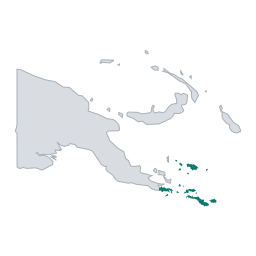 location of Samarai-Murua District, Milne Bay, Papua New Guinea
{"feature_id": "67681753B57356093785831", "entity_name": "Samarai-Murua District", "entity_type": "district", "adm_level": 2, "iso_a3": "PNG", "parent_name": "Papua New Guinea", "parent_adm1": "Milne Bay", "projection": "mercator", "projection_center": [152.452, -10.176], "detail": "fine", "context": "in_parent", "style": "filled", "palette": "teal", "viewbox_px": 256, "rotation_deg": 0, "n_neighbors": 0, "source": "geoboundaries", "source_scale": "gbopen_adm2", "svg_char_len": 9350}
<svg xmlns="http://www.w3.org/2000/svg" viewBox="0 0 256 256"><path d="M17.1,167.0L17.0,133.6L15.4,131.1L17.0,125.2L17.0,69.3L20.2,69.5L35.5,76.4L45.8,79.9L54.9,81.6L63.2,87.1L69.3,87.4L78.4,95.3L82.1,95.8L88.6,102.4L88.9,107.7L88.2,111.1L98.1,114.3L107.5,118.8L112.6,119.3L115.4,120.9L118.9,124.8L119.6,130.0L117.5,130.9L108.7,130.9L106.3,132.6L109.8,140.7L117.8,148.2L123.8,151.7L125.6,158.5L128.6,160.6L130.6,166.0L133.7,166.5L139.8,165.7L140.7,167.9L139.8,171.3L140.7,172.7L151.9,175.6L148.2,177.4L149.9,180.5L157.2,183.2L161.7,184.2L164.4,183.9L161.2,185.4L158.4,185.0L157.9,185.5L159.0,186.8L161.4,188.2L158.9,190.0L156.5,190.3L152.0,189.1L148.1,185.7L135.9,184.2L131.6,182.7L128.3,183.2L118.4,181.4L115.2,179.0L113.1,175.4L107.2,171.1L105.8,168.9L106.4,166.1L104.8,166.5L101.4,164.5L92.5,151.2L88.0,149.4L76.7,147.1L75.1,144.5L69.8,143.6L68.6,145.3L64.3,146.4L60.7,145.2L57.0,142.0L61.3,149.3L59.8,149.2L60.5,150.4L59.7,150.5L55.0,150.1L56.4,153.1L48.7,154.8L42.9,154.2L40.2,154.9L39.0,154.9L37.5,152.6L35.4,153.1L37.2,153.1L39.4,155.7L44.2,155.3L48.9,157.3L52.9,161.6L52.7,164.6L42.0,170.1L35.8,167.8L26.7,168.4L23.5,167.5L19.4,168.5L17.1,167.0ZM178.9,93.3L181.1,94.8L183.3,93.2L187.6,95.2L186.8,102.4L185.4,104.4L181.8,105.1L181.3,106.1L183.7,110.4L182.7,111.9L179.6,113.5L174.3,113.3L173.0,116.2L170.1,118.8L158.8,124.0L146.5,124.4L142.5,121.2L138.3,121.8L132.6,118.0L127.9,116.5L126.9,115.1L127.0,113.2L128.3,112.1L136.8,112.3L142.2,113.8L149.2,112.9L151.2,111.7L151.9,107.1L153.1,105.2L154.3,106.1L152.8,109.7L154.5,112.9L159.5,111.9L162.7,112.7L165.2,111.7L168.7,106.7L171.5,104.4L176.7,103.3L176.6,99.6L174.8,94.5L175.5,93.1L178.9,93.3ZM240.6,130.3L240.0,132.0L239.7,131.5L237.1,133.0L234.1,132.5L231.5,130.9L229.5,127.9L229.4,124.6L226.5,123.2L222.8,119.0L222.0,116.2L222.3,111.7L227.7,114.3L233.3,122.2L238.6,125.7L240.6,130.3ZM198.5,95.3L194.9,102.5L192.6,99.6L191.7,97.5L191.5,92.0L185.7,83.8L179.8,81.1L167.7,72.6L162.9,71.2L164.1,70.8L164.0,68.7L170.0,73.2L173.7,74.3L178.7,77.7L182.1,78.9L196.8,91.6L198.5,95.3ZM101.8,59.8L113.3,60.1L113.5,61.1L112.0,61.2L110.0,62.9L103.2,62.4L100.2,63.3L100.0,62.1L101.1,61.7L100.9,60.4L101.8,59.8ZM159.6,170.4L161.7,171.7L163.5,171.5L164.8,172.9L165.1,175.3L164.3,175.8L163.8,175.1L158.2,174.6L159.3,173.3L158.3,170.6L159.6,170.4ZM158.2,70.1L154.2,70.0L151.2,67.2L155.1,65.9L158.1,67.2L158.2,70.1ZM167.9,180.6L170.5,179.1L171.1,179.7L170.1,183.3L166.0,181.7L163.3,175.9L167.9,180.6ZM189.3,165.3L193.7,164.7L195.8,166.2L196.4,166.8L196.0,168.3L192.3,167.7L189.3,165.3ZM199.5,200.4L207.8,204.4L204.8,205.1L202.2,204.0L201.8,203.0L200.8,203.4L201.3,202.7L199.5,200.4ZM122.3,117.4L118.6,114.4L118.8,112.4L122.7,114.2L122.3,117.4ZM156.9,172.7L155.8,172.8L153.4,170.7L154.8,168.3L156.5,169.2L156.9,172.7ZM221.1,111.5L219.5,106.7L220.9,105.2L222.3,108.3L221.1,111.5ZM109.6,111.5L107.0,109.6L108.9,107.9L110.0,108.8L109.6,111.5ZM148.2,53.5L146.8,53.8L145.0,52.3L145.5,50.5L147.6,51.7L148.2,53.5ZM92.8,99.6L91.3,101.4L90.3,100.1L92.0,98.1L92.8,99.6ZM168.4,156.4L168.5,162.2L167.3,161.1L167.9,158.7L166.7,158.0L168.4,156.4ZM53.9,157.9L56.3,160.3L50.3,156.5L53.9,157.9ZM56.0,157.4L52.7,156.4L52.1,155.6L55.9,156.0L56.0,157.4ZM215.6,201.0L215.4,201.8L213.2,202.0L211.8,200.8L213.2,201.1L212.9,200.2L215.6,201.0ZM191.1,75.7L191.2,78.4L189.7,76.5L191.1,75.7ZM183.1,74.3L182.4,75.0L180.9,73.2L181.2,72.8L183.1,74.3ZM165.1,188.9L164.9,190.1L163.5,189.5L163.7,188.7L165.1,188.9ZM181.7,72.3L180.6,72.6L180.8,70.8L181.7,72.3ZM119.4,63.9L119.6,65.2L117.9,64.9L119.4,63.9ZM206.4,90.7L206.2,91.9L205.3,91.5L206.4,90.7Z" fill="#d9dde1" stroke="#a8b0b8" stroke-width="1"/><path d="M190.6,164.9L189.2,165.1L188.5,165.8L189.5,165.9L189.5,165.7L189.9,165.9L190.1,166.3L190.5,166.2L191.3,166.9L192.0,166.5L191.8,166.8L191.5,167.3L192.1,167.5L192.1,167.9L191.6,168.2L191.3,168.0L191.5,167.7L191.2,167.7L191.2,168.0L191.5,168.4L192.3,168.6L192.5,169.1L192.8,168.6L192.4,168.4L192.6,168.1L192.5,167.8L192.8,168.5L193.1,168.6L193.2,168.3L193.3,168.8L193.5,168.7L193.6,169.0L194.6,169.0L195.6,168.6L195.9,169.1L196.1,168.9L196.0,168.6L195.6,168.2L195.1,168.1L195.7,167.8L196.2,168.2L196.4,167.6L196.9,167.6L196.2,167.0L195.7,167.1L195.8,166.5L195.3,166.2L194.9,166.5L194.6,166.3L194.1,166.3L194.0,165.7L193.5,165.6L193.6,165.4L193.4,165.3L192.5,165.6L190.6,164.9ZM200.4,201.1L199.4,200.4L199.1,200.8L199.3,201.5L199.7,201.6L199.6,201.8L199.8,202.2L200.1,202.0L200.4,202.5L201.0,202.7L200.5,203.2L201.1,202.9L201.5,203.1L201.9,203.0L201.7,203.4L201.8,204.0L202.8,204.2L202.6,203.8L203.0,204.1L203.2,203.9L203.5,203.8L203.3,204.0L203.5,204.3L203.2,204.4L204.0,204.4L204.4,204.9L204.8,204.6L204.8,205.1L204.4,205.2L204.7,205.5L205.3,204.9L205.5,205.0L206.0,204.9L206.5,205.2L206.5,204.9L206.9,205.1L207.2,204.9L208.0,204.9L208.1,204.7L207.6,204.3L207.6,204.0L207.1,203.8L206.8,203.3L203.9,202.6L202.5,201.8L201.7,201.7L201.2,201.2L200.4,201.1ZM214.4,199.9L213.6,200.1L213.3,200.5L213.5,200.1L213.3,200.2L213.2,200.0L212.8,200.2L212.3,200.0L212.7,200.4L212.4,200.5L213.2,200.8L212.6,201.0L212.1,200.9L212.1,201.1L211.6,200.7L211.6,201.0L211.1,201.0L211.6,201.4L211.8,201.8L212.5,201.9L212.8,201.7L212.7,201.9L213.0,201.9L213.1,201.4L213.4,201.8L213.6,201.7L213.7,201.4L214.0,201.7L214.4,201.5L215.2,201.9L215.7,201.5L215.4,201.0L215.5,200.7L214.4,199.9ZM193.4,189.6L191.9,190.3L189.7,189.6L189.3,189.8L189.8,190.2L190.7,190.5L190.9,190.7L191.2,190.5L192.7,191.2L193.0,191.2L193.0,190.9L194.2,190.8L194.7,190.5L193.4,189.6ZM159.8,189.8L160.7,189.4L160.8,189.1L161.6,189.2L162.1,188.8L161.5,187.6L161.0,188.4L159.9,188.3L159.8,189.8ZM167.1,189.2L165.4,189.5L165.2,189.8L165.2,190.2L165.5,190.2L165.6,189.9L166.2,190.1L166.5,189.9L166.8,190.5L167.4,190.5L167.3,190.4L167.7,190.2L167.2,190.0L167.4,189.7L167.7,189.7L167.7,189.3L167.3,189.6L167.3,189.4L167.1,189.5L167.1,189.2ZM165.2,188.8L164.6,188.4L164.7,188.9L164.4,188.7L164.4,188.8L164.2,188.6L163.9,188.6L163.8,188.4L163.5,188.5L163.8,189.2L164.2,189.4L164.1,189.5L164.6,189.7L164.7,190.1L163.7,189.9L163.3,189.5L163.1,189.5L163.1,189.8L163.4,189.8L163.6,190.2L163.9,190.0L165.1,190.3L164.9,189.0L165.1,189.0L165.2,188.8ZM198.3,198.3L197.9,198.2L197.6,198.5L198.0,198.7L197.9,199.0L198.0,199.1L198.0,198.9L198.3,198.9L198.6,199.3L199.0,199.4L199.3,199.7L199.0,199.7L199.3,200.0L200.1,199.5L198.3,198.3ZM188.4,164.4L187.4,165.0L187.9,166.5L187.9,164.8L188.1,164.9L188.1,164.7L188.5,164.7L188.9,165.1L189.2,165.1L188.4,164.4ZM187.3,190.4L186.8,190.4L186.7,191.0L186.9,191.1L187.2,190.9L187.7,191.3L187.6,191.1L187.8,190.8L187.3,190.4ZM197.2,197.8L196.4,197.9L196.4,198.2L196.0,198.3L196.5,198.6L196.6,198.4L196.8,198.7L197.0,198.6L196.9,198.4L197.2,197.8ZM162.3,189.2L162.2,189.0L162.0,189.6L162.3,189.6L162.3,189.8L162.6,189.9L163.0,189.9L162.6,189.7L163.0,189.5L162.9,189.4L162.4,189.5L162.5,189.1L162.3,189.2ZM203.1,200.3L202.5,200.4L202.7,200.6L203.7,200.7L203.1,200.3ZM181.4,165.0L181.4,164.6L181.0,164.5L181.0,164.8L181.4,165.0ZM197.8,197.8L197.3,197.8L197.3,198.0L197.9,198.0L197.8,197.8ZM161.1,189.7L161.2,190.1L161.7,190.4L161.5,189.9L161.1,189.7ZM190.3,196.7L189.7,196.6L190.0,197.0L190.2,196.9L190.4,197.0L190.3,196.7ZM187.8,192.0L187.5,191.8L187.2,192.1L187.6,192.2L187.8,192.0ZM191.9,197.5L191.7,197.4L191.6,197.7L192.1,197.6L192.1,197.4L191.9,197.5ZM180.1,169.2L179.8,169.3L179.7,169.5L180.2,169.4L180.5,169.5L180.9,169.5L180.5,169.5L180.1,169.2ZM180.3,164.1L180.5,163.9L180.2,163.7L180.1,164.0L180.3,164.1ZM188.6,173.7L187.9,173.5L187.8,173.8L188.0,173.6L188.6,173.7ZM198.1,197.3L197.5,197.2L198.3,197.6L198.1,197.3ZM162.6,190.9L162.1,190.9L162.3,191.1L162.6,190.9ZM200.3,200.0L200.1,199.9L200.2,200.2L200.0,200.3L200.3,200.0ZM195.4,197.9L195.1,198.0L195.3,198.3L195.4,198.2L195.4,197.9ZM170.5,189.7L170.0,189.4L169.9,189.4L170.5,189.7ZM165.6,190.6L165.6,190.3L165.4,190.3L165.4,190.6L165.6,190.6ZM163.3,189.0L163.1,188.8L162.9,188.9L163.1,189.0L163.3,189.0ZM168.0,190.3L167.8,190.3L168.1,190.5L168.0,190.3ZM196.4,193.2L195.8,193.0L196.6,193.3L196.4,193.2ZM183.3,186.3L182.9,186.4L183.4,186.3L183.3,186.3ZM192.4,197.5L192.6,197.5L192.5,197.3L192.4,197.5ZM169.8,189.4L169.6,189.1L169.4,189.2L169.8,189.4ZM176.7,160.8L176.9,160.7L176.6,160.7L176.7,160.8ZM171.1,189.7L170.7,189.7L171.2,189.8L171.1,189.7ZM186.8,197.6L186.3,197.4L186.8,197.6ZM168.0,194.8L167.4,194.9L167.3,195.0L168.0,194.8ZM206.9,169.6L206.7,169.4L206.8,169.7L206.9,169.6ZM193.1,198.0L193.3,197.8L193.0,197.8L193.1,198.0ZM198.1,199.5L197.9,199.2L197.9,199.6L198.1,199.5ZM165.2,190.5L165.0,190.4L164.8,190.4L165.2,190.5ZM188.3,196.4L188.4,196.2L188.1,196.3L188.3,196.4ZM162.4,188.9L162.6,188.8L162.5,188.7L162.4,188.9ZM194.6,198.0L194.5,197.9L194.6,197.7L194.4,197.9L194.6,198.0ZM170.3,191.2L170.2,191.1L170.3,191.2ZM179.8,185.5L179.7,185.3L179.6,185.5L179.8,185.5ZM172.8,186.3L172.8,186.2L172.8,186.3ZM177.1,191.9L176.7,191.9L177.2,192.0L177.1,191.9ZM191.4,197.6L191.5,197.5L191.4,197.4L191.3,197.5L191.4,197.6ZM171.4,191.8L171.4,191.7L171.2,191.6L171.4,191.8ZM206.7,169.3L206.6,169.2L206.7,169.3ZM211.9,200.1L211.7,200.1L211.9,200.1ZM165.2,189.2L165.3,189.0L165.1,189.2L165.2,189.2ZM162.6,189.3L162.6,189.1L162.6,189.3ZM189.6,196.8L189.5,196.7L189.6,196.8ZM187.9,166.7L187.9,166.8L187.9,166.6L187.9,166.7ZM189.1,197.2L188.9,197.1L189.0,197.2L189.1,197.2ZM184.9,192.6L185.0,192.5L184.7,192.5L184.9,192.6ZM184.4,192.7L184.2,192.6L184.4,192.7Z" fill="#14b8a6" stroke="#0f766e" stroke-width="1.5"/></svg>